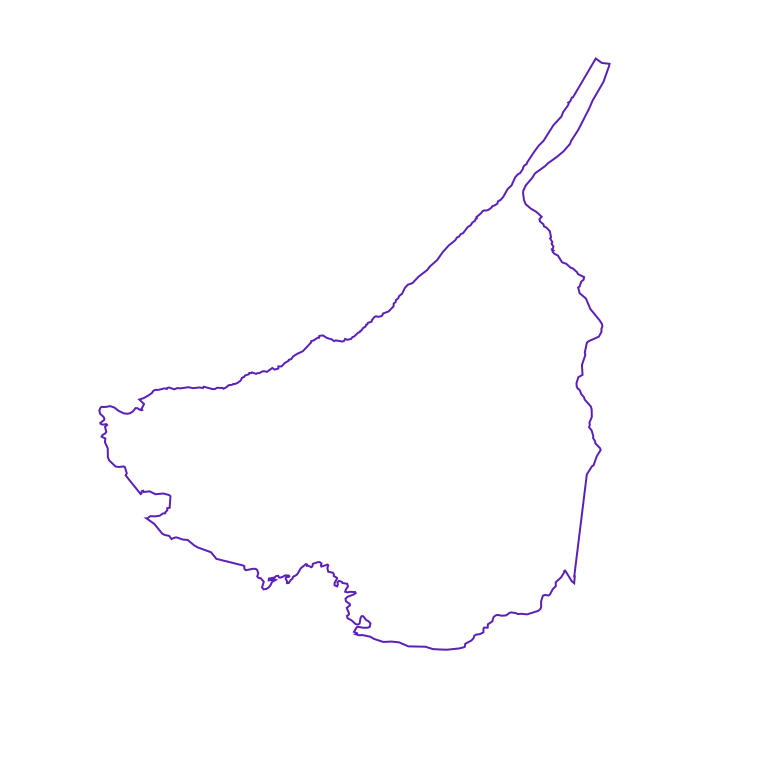 outline of Ludewa, Njombe, United Republic of Tanzania, rotated 78°
{"feature_id": "72390352B43391507115191", "entity_name": "Ludewa", "entity_type": "district", "adm_level": 2, "iso_a3": "TZA", "parent_name": "United Republic of Tanzania", "parent_adm1": "Njombe", "projection": "natural_earth1", "projection_center": [34.61, -10.023], "detail": "fine", "context": "isolated", "style": "outline", "palette": "violet", "viewbox_px": 768, "rotation_deg": 78, "n_neighbors": 0, "source": "geoboundaries", "source_scale": "gbopen_adm2", "svg_char_len": 6163}
<svg xmlns="http://www.w3.org/2000/svg" viewBox="0 0 768 768"><g transform="rotate(78 384 384)"><path d="M109.7,109.2L142.9,139.6L142.9,140.8L146.3,143.1L147.1,145.4L148.1,145.0L149.8,146.2L155.3,152.3L159.2,154.8L166.1,164.5L179.4,177.5L183.1,183.2L187.5,188.2L197.1,198.0L198.7,198.9L199.4,201.2L200.9,202.7L202.7,203.6L206.1,207.1L206.6,209.2L208.9,212.5L216.3,218.0L218.9,222.4L225.9,228.6L228.2,231.7L229.0,234.5L231.2,235.7L232.4,238.9L232.5,240.9L233.9,242.4L235.4,245.7L235.6,248.0L235.0,249.9L235.5,251.8L237.3,253.8L240.0,259.0L241.3,258.8L241.8,260.3L243.1,260.9L244.7,264.3L246.6,266.0L247.9,269.5L252.9,275.3L253.2,277.4L255.5,280.2L255.7,281.9L258.3,284.6L261.8,291.6L267.1,299.0L273.8,306.2L278.6,314.7L281.4,317.9L286.2,327.9L291.2,335.1L291.8,340.0L294.5,343.7L299.4,347.5L301.2,351.0L303.1,352.2L304.4,354.9L306.3,355.6L307.3,357.8L310.0,358.5L314.0,364.4L314.9,370.5L316.4,371.2L317.1,372.7L317.1,375.7L316.1,377.8L316.4,379.3L319.1,382.7L320.4,383.1L320.9,387.1L322.3,388.0L322.3,389.1L324.0,390.2L325.1,393.2L327.0,394.9L327.0,395.9L328.3,397.1L328.4,398.6L331.3,403.3L331.6,405.1L333.1,406.9L333.1,410.8L331.8,412.6L333.5,414.0L333.9,415.7L331.3,422.1L331.7,423.9L329.6,425.7L327.0,430.4L323.8,433.6L323.5,436.8L323.7,437.5L325.2,437.8L325.1,439.6L326.7,443.7L327.0,446.4L328.2,446.7L335.1,456.6L336.4,462.6L338.1,467.1L340.3,469.5L340.6,472.1L341.4,472.5L342.9,476.8L345.5,480.6L344.8,483.7L346.8,484.1L347.0,484.8L347.1,488.1L345.1,489.9L347.8,496.0L346.7,498.1L346.4,500.3L347.4,503.7L347.1,505.7L347.5,507.0L345.2,510.6L345.8,511.8L345.2,513.5L346.4,514.3L346.8,518.2L347.9,519.1L348.5,521.7L350.9,523.5L352.6,527.4L353.0,530.3L352.6,531.3L353.2,532.8L352.9,536.2L354.6,539.3L355.2,542.1L354.3,542.7L353.0,548.1L353.8,550.6L353.3,552.8L349.2,560.9L350.3,562.0L349.0,565.3L348.4,571.5L346.5,576.0L345.9,584.2L345.0,587.1L345.6,590.2L342.7,595.1L342.8,596.8L343.7,597.4L342.6,599.7L342.9,605.4L342.2,608.9L342.7,611.0L344.6,613.0L346.3,617.1L347.9,622.2L348.3,626.6L353.7,622.9L358.2,626.5L358.7,626.2L358.6,626.8L359.1,626.6L359.0,625.6L359.3,626.3L359.0,627.1L358.2,626.8L358.3,628.4L356.5,630.1L355.9,632.0L358.6,635.3L359.8,638.4L359.8,641.0L358.7,644.5L355.1,649.2L351.0,652.6L348.7,656.5L348.6,661.0L347.7,665.1L348.1,666.1L350.7,668.0L354.3,667.8L357.8,665.2L359.9,664.7L361.1,665.4L363.1,669.6L364.0,669.5L365.2,667.8L365.6,663.8L366.5,663.3L367.9,665.8L373.1,665.6L374.5,667.2L375.3,669.9L376.8,671.2L379.4,667.9L383.0,669.1L389.4,667.6L398.2,669.3L401.6,668.7L408.9,663.7L410.1,660.4L410.5,655.8L411.5,654.7L418.0,654.2L419.7,655.7L441.1,644.9L440.6,643.9L438.6,643.4L438.3,641.8L439.7,641.4L440.3,635.5L444.3,630.5L445.2,622.7L447.9,617.3L449.4,616.2L460.5,619.4L460.4,621.9L462.5,622.2L464.0,624.6L464.9,624.8L464.7,627.1L466.2,630.9L465.9,635.3L464.7,640.2L466.2,643.2L466.0,644.3L473.2,637.7L484.2,632.1L486.2,629.7L487.8,625.8L491.4,624.1L490.7,620.0L491.0,618.6L494.4,613.0L495.7,608.5L502.4,603.2L505.2,600.1L512.6,588.2L520.2,584.3L532.1,559.8L533.1,558.5L535.9,559.0L537.4,557.9L537.5,550.6L538.1,548.2L539.3,546.8L543.0,546.3L545.8,548.0L547.4,547.3L548.6,544.8L552.5,542.7L557.6,545.6L559.8,544.5L560.0,541.7L559.2,539.5L557.8,537.4L554.3,534.6L553.1,530.5L552.5,531.4L552.1,537.6L550.4,537.0L550.5,531.3L549.4,529.3L549.6,527.4L551.4,526.9L551.8,526.0L551.6,523.4L550.6,520.4L551.6,516.9L552.4,516.6L552.9,517.2L552.5,519.8L554.1,520.7L556.8,519.8L558.6,520.3L558.9,518.7L556.2,515.8L555.4,514.0L553.6,512.9L552.6,509.2L551.4,507.7L547.0,503.8L543.9,497.8L544.5,496.9L545.8,497.2L546.0,495.9L548.1,493.2L547.6,492.1L545.1,490.9L544.5,486.0L544.8,484.0L546.5,482.4L548.4,483.5L549.6,483.2L548.9,476.9L549.7,476.2L552.1,477.6L556.0,477.6L558.0,473.2L559.8,472.6L561.4,473.1L563.7,470.4L564.6,470.4L568.1,473.6L570.6,474.2L572.2,471.9L570.8,470.9L568.3,470.7L567.2,469.0L568.7,466.4L570.0,466.1L571.8,461.5L574.6,461.3L576.5,463.5L579.1,465.2L580.2,463.2L580.2,460.6L581.5,455.5L582.7,455.2L583.5,457.2L584.6,464.1L586.0,466.3L588.5,466.4L592.2,463.2L593.5,463.4L595.3,467.0L601.3,465.9L602.3,466.4L603.2,468.5L605.6,468.3L608.4,464.9L612.9,461.7L613.9,459.8L613.3,457.7L607.8,455.5L606.4,454.1L606.9,452.6L611.3,450.4L612.8,448.5L615.4,447.0L618.6,448.5L619.0,450.8L618.1,455.1L616.3,459.3L616.3,461.3L620.2,464.9L622.3,462.1L622.9,462.3L623.0,463.5L624.5,461.0L625.1,457.3L628.3,450.0L631.3,446.7L636.2,438.2L637.5,430.2L639.9,422.9L645.7,414.7L649.6,398.1L653.5,391.2L655.2,384.9L657.0,377.6L658.3,365.3L658.1,360.5L657.8,359.6L655.0,358.5L653.1,351.9L651.3,349.3L648.8,347.8L648.3,345.6L648.6,342.3L647.6,338.4L644.1,337.6L643.1,336.7L643.9,333.3L640.7,332.4L638.7,327.4L634.9,325.4L633.7,323.2L633.4,321.2L635.2,316.7L635.7,312.6L633.9,308.6L633.9,306.9L635.4,302.9L636.9,300.8L637.4,297.2L639.1,291.9L638.0,280.4L636.6,277.8L634.6,276.6L629.2,275.5L624.1,272.6L623.8,270.4L625.1,267.0L624.4,265.5L619.7,261.5L617.4,258.0L613.6,257.2L610.0,251.0L606.0,247.2L604.2,246.4L604.2,245.5L615.9,241.4L618.4,239.4L611.8,237.4L611.7,237.9L514.6,204.4L507.7,197.7L507.2,196.0L498.9,190.9L493.6,185.8L491.8,186.0L486.0,189.6L484.0,189.4L480.3,190.7L478.2,190.1L472.4,190.6L469.0,192.4L466.4,191.1L464.5,191.1L459.5,187.6L452.3,186.2L449.2,186.3L440.8,191.0L438.6,191.1L434.6,193.3L431.8,193.5L429.8,194.3L428.8,195.5L426.2,196.0L423.1,195.5L417.8,192.5L416.3,187.9L406.5,186.4L397.4,181.0L395.1,181.1L385.8,177.0L384.7,175.0L382.4,164.1L378.3,160.5L375.1,159.8L373.1,158.4L370.7,158.3L366.2,160.0L353.5,166.6L342.4,168.7L335.8,173.8L329.9,174.0L329.3,172.4L324.9,169.8L323.6,167.2L321.1,166.0L316.9,171.3L314.7,172.0L310.5,175.0L308.9,177.4L304.3,180.7L302.0,184.5L294.5,187.2L292.0,190.3L289.8,191.5L288.7,191.6L288.6,190.5L287.0,191.7L286.6,190.7L284.8,189.7L281.6,190.9L280.2,189.8L276.1,191.3L275.2,190.1L269.2,190.0L264.8,192.6L263.0,194.8L261.0,194.8L257.5,197.6L255.1,197.7L253.2,195.0L247.3,199.2L242.9,204.0L237.5,208.1L233.1,208.8L226.1,208.3L223.8,207.5L219.1,203.9L213.3,196.3L209.3,192.4L204.5,181.4L202.0,177.4L197.7,167.5L193.9,160.3L187.9,152.2L185.1,150.4L176.0,141.3L157.3,126.1L150.1,121.0L134.2,106.6L119.9,97.8L117.7,96.8L115.3,104.1L109.7,109.2Z" fill="none" stroke="#5b21b6" stroke-width="2"/></g></svg>